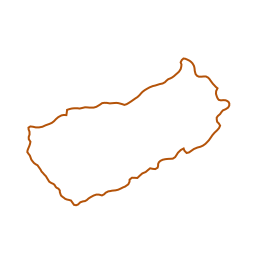 Vargem Grande do Rio Pardo, Minas Gerais, Brazil (Equal Earth projection), rotated 55°
{"feature_id": "56859067B74377484485590", "entity_name": "Vargem Grande do Rio Pardo", "entity_type": "district", "adm_level": 2, "iso_a3": "BRA", "parent_name": "Brazil", "parent_adm1": "Minas Gerais", "projection": "equal_earth", "projection_center": [-42.301, -15.332], "detail": "fine", "context": "isolated", "style": "outline", "palette": "amber", "viewbox_px": 256, "rotation_deg": 55, "n_neighbors": 0, "source": "geoboundaries", "source_scale": "gbopen_adm2", "svg_char_len": 2819}
<svg xmlns="http://www.w3.org/2000/svg" viewBox="0 0 256 256"><g transform="rotate(55 128 128)"><path d="M168.3,188.0L168.6,185.6L168.2,183.4L168.6,180.5L169.5,178.7L170.2,177.0L171.9,174.0L172.9,171.5L173.4,168.9L173.8,166.1L174.3,164.1L174.3,160.1L172.9,157.6L171.2,156.3L171.0,153.3L172.8,150.9L174.3,149.0L173.8,145.8L173.4,142.3L174.2,138.8L173.9,135.7L173.7,133.0L175.8,131.0L177.3,129.2L177.5,126.5L176.2,125.0L174.8,124.0L173.8,122.4L173.5,120.3L173.9,117.8L174.9,115.4L176.1,113.2L177.5,111.0L178.8,108.9L178.9,106.1L177.9,103.6L176.9,101.2L176.3,97.3L176.7,94.2L178.9,94.8L182.1,94.3L183.0,92.0L183.0,88.5L183.0,86.1L183.8,82.4L184.9,79.4L185.4,76.8L185.4,73.7L184.9,71.0L184.4,68.7L183.4,65.9L182.3,63.0L181.5,59.9L181.0,56.4L180.3,53.5L178.9,51.2L176.5,51.0L174.0,51.4L171.9,50.4L170.4,49.4L169.7,47.5L169.4,44.5L168.6,42.5L168.0,40.2L168.6,37.3L168.7,34.3L167.7,32.2L166.1,31.0L164.6,30.7L163.1,31.1L161.3,32.1L159.8,34.0L158.6,36.1L157.0,37.5L155.4,37.6L153.6,37.3L152.2,36.9L150.4,36.3L148.3,34.6L146.8,31.9L144.7,32.5L142.4,32.8L140.5,33.1L137.5,33.2L134.4,33.2L132.6,33.5L130.5,34.6L129.4,36.1L128.1,38.4L126.6,40.5L124.9,41.5L122.7,41.7L121.2,41.2L119.4,40.5L117.7,39.5L116.2,38.8L114.7,38.3L112.0,38.1L110.1,38.4L108.2,39.0L106.0,40.2L104.2,41.3L102.9,42.7L103.2,45.0L104.4,47.2L106.7,47.8L108.3,49.2L109.9,51.0L111.1,53.9L111.4,56.1L111.6,58.1L111.9,60.6L111.9,63.1L111.6,65.1L111.1,67.0L111.3,69.4L111.7,71.5L111.4,74.1L110.2,76.9L109.4,79.5L108.8,81.4L107.9,83.6L107.1,87.0L106.8,89.8L106.6,92.6L106.7,95.3L107.1,97.4L107.7,99.7L108.1,102.5L108.0,105.0L108.0,107.5L108.0,110.1L107.9,113.0L107.7,115.5L107.0,117.7L105.2,119.0L103.4,120.5L102.0,121.7L100.7,123.2L99.2,125.7L97.4,128.8L95.3,130.9L93.9,132.8L92.8,134.9L92.8,137.8L92.5,141.8L91.6,144.4L90.3,146.3L89.0,148.1L87.8,149.5L86.4,151.3L85.3,154.1L84.3,156.5L82.8,158.1L81.7,159.7L80.6,161.4L79.7,163.1L78.9,165.2L78.2,167.5L80.0,169.1L82.1,171.1L80.5,173.1L79.5,175.3L79.1,178.9L79.4,181.9L80.0,184.8L80.1,187.4L79.6,190.0L78.5,194.0L77.9,197.4L76.4,200.7L74.5,203.3L72.5,205.1L70.7,207.1L70.6,209.3L72.3,210.3L74.5,210.8L76.9,212.4L78.4,214.5L80.3,215.7L83.3,215.8L85.0,217.6L86.3,219.4L87.6,221.5L88.7,223.1L90.0,224.3L92.2,224.3L94.2,224.2L96.2,224.7L98.3,225.3L100.1,225.3L102.7,225.1L104.8,224.4L106.6,223.5L109.4,223.5L112.0,223.5L114.1,223.8L115.9,223.5L118.1,223.3L120.4,222.9L123.3,223.1L125.0,223.2L126.8,223.3L129.0,222.4L131.2,221.1L132.9,220.8L134.4,221.0L135.9,220.8L137.8,219.8L140.0,219.7L141.4,220.6L143.0,221.1L144.9,221.6L146.9,221.1L148.5,220.5L150.0,220.1L151.6,219.0L153.1,217.6L154.7,216.3L157.7,216.3L160.0,216.3L161.5,214.8L162.0,212.9L161.5,209.6L162.3,206.9L163.2,205.2L163.4,203.1L163.1,200.7L163.2,198.4L163.6,194.9L164.4,192.1L165.9,190.0L168.3,188.0Z" fill="none" stroke="#b45309" stroke-width="2"/></g></svg>